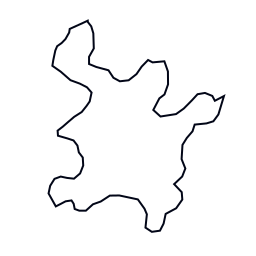 Goryeong-gun, North Gyeongsang, South Korea, rotated 282°
{"feature_id": "91817680B88985387415210", "entity_name": "Goryeong-gun", "entity_type": "district", "adm_level": 2, "iso_a3": "KOR", "parent_name": "South Korea", "parent_adm1": "North Gyeongsang", "projection": "mercator", "projection_center": [128.316, 35.727], "detail": "fine", "context": "isolated", "style": "outline", "palette": "ink", "viewbox_px": 256, "rotation_deg": 282, "n_neighbors": 0, "source": "geoboundaries", "source_scale": "gbopen_adm2", "svg_char_len": 1322}
<svg xmlns="http://www.w3.org/2000/svg" viewBox="0 0 256 256"><g transform="rotate(282 128 128)"><path d="M224.6,66.3L221.2,61.8L212.8,50.4L209.1,50.6L201.9,48.3L197.3,45.4L193.3,41.7L188.7,40.8L178.9,40.8L173.1,41.1L169.1,50.5L162.8,61.8L161.4,71.6L159.3,79.4L155.1,85.0L146.0,85.0L141.0,82.9L134.0,79.4L127.7,73.0L121.3,68.1L115.7,63.9L110.8,59.7L105.9,61.1L105.2,70.9L104.5,77.3L100.3,82.2L93.9,85.0L89.7,89.9L82.0,92.0L73.6,90.6L67.2,85.7L66.5,78.7L66.5,72.3L63.0,66.7L55.3,63.9L47.5,63.9L41.9,68.8L36.3,73.7L39.8,78.0L43.3,82.2L45.4,87.8L42.6,90.6L37.7,92.7L37.5,94.2L37.0,97.6L38.4,104.0L46.1,109.6L50.4,116.6L58.1,124.3L60.2,133.5L60.2,144.7L60.2,152.5L52.5,160.9L47.5,164.4L34.2,165.8L31.4,172.9L34.2,180.6L41.9,182.7L51.8,182.7L59.5,191.8L69.3,196.0L76.4,193.9L82.7,184.8L91.8,191.1L100.3,192.5L108.7,186.9L122.8,184.8L130.5,187.6L138.2,191.8L145.2,192.5L148.8,203.8L152.3,210.1L160.0,213.6L179.2,215.2L172.7,207.3L176.9,203.8L178.3,196.0L175.5,189.0L168.4,184.8L158.6,178.5L151.6,172.1L146.0,157.4L150.9,149.0L163.5,152.5L168.4,156.7L179.0,158.1L191.6,155.3L200.8,149.7L197.3,138.4L198.7,133.5L190.9,128.6L182.5,125.1L174.8,118.7L172.0,110.3L174.1,103.3L180.4,96.9L181.1,84.3L182.5,76.6L189.5,75.1L198.7,78.0L213.4,74.4L219.8,70.9L223.3,66.7L224.6,66.3Z" fill="none" stroke="#020617" stroke-width="2"/></g></svg>